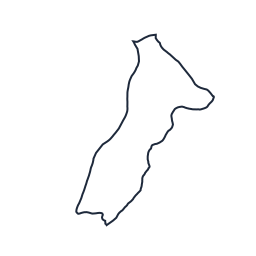 the district of Halmin, Lahij, Yemen, rotated 147°
{"feature_id": "15242507B61781927650682", "entity_name": "Halmin", "entity_type": "district", "adm_level": 2, "iso_a3": "YEM", "parent_name": "Yemen", "parent_adm1": "Lahij", "projection": "mercator", "projection_center": [44.941, 13.696], "detail": "fine", "context": "isolated", "style": "outline", "palette": "slate", "viewbox_px": 256, "rotation_deg": 147, "n_neighbors": 0, "source": "geoboundaries", "source_scale": "gbopen_adm2", "svg_char_len": 5288}
<svg xmlns="http://www.w3.org/2000/svg" viewBox="0 0 256 256"><g transform="rotate(147 128 128)"><path d="M198.8,58.2L195.7,58.3L190.9,58.5L186.7,59.1L183.1,61.1L181.3,61.7L181.2,61.7L180.4,61.8L179.8,61.9L179.2,62.0L178.5,62.0L177.9,62.0L177.6,62.0L175.9,62.5L175.0,62.8L174.5,63.0L173.8,63.2L172.9,63.4L172.2,63.4L171.6,63.6L170.7,63.8L170.2,64.1L169.6,64.4L169.0,64.6L168.3,64.7L167.7,64.7L167.0,64.8L166.4,64.8L165.6,64.9L164.9,65.0L164.1,65.2L163.4,65.4L162.8,65.5L162.0,65.9L161.4,66.2L160.7,66.5L160.0,66.7L159.4,66.9L158.7,67.2L158.1,67.3L157.5,67.5L156.7,67.6L156.1,67.8L155.3,68.0L154.5,68.2L153.8,68.3L153.0,68.5L152.1,68.7L151.4,68.9L151.0,69.4L150.6,69.9L150.0,70.4L149.5,70.8L148.9,71.2L148.4,71.7L148.0,72.1L147.6,72.6L147.2,73.1L146.7,73.6L146.3,74.1L145.8,74.6L145.3,75.1L145.0,75.7L144.5,76.4L144.1,76.9L143.7,77.6L143.3,78.1L142.8,78.6L142.3,79.0L141.8,79.4L141.2,79.6L140.5,79.9L139.8,80.0L139.1,80.4L138.5,80.7L138.0,81.1L137.3,81.3L136.7,81.5L136.1,81.7L135.3,82.0L134.6,82.1L133.9,82.3L133.3,82.7L132.8,83.1L132.2,83.2L131.6,83.4L131.0,83.8L130.7,84.4L130.5,85.1L130.4,85.8L130.2,86.5L130.1,87.2L129.9,87.8L129.5,88.3L129.2,89.0L129.0,89.7L128.8,90.2L128.6,90.9L128.3,91.4L127.8,92.1L127.5,92.6L127.1,93.2L126.8,93.6L126.7,93.7L126.3,94.2L125.8,94.7L125.3,95.3L124.9,95.8L124.5,96.2L123.9,96.7L123.3,97.1L122.8,97.4L122.2,97.7L121.4,98.0L120.7,98.1L120.0,98.2L119.5,98.6L119.1,99.0L118.5,99.6L118.0,100.0L117.4,100.3L116.8,100.4L116.2,100.3L115.5,100.1L114.8,100.0L113.8,99.7L113.2,99.4L112.2,99.0L111.5,98.9L110.7,98.8L110.1,98.7L109.5,98.6L108.7,98.6L108.0,98.6L107.0,98.6L106.4,98.6L105.8,98.7L105.2,98.9L104.4,99.2L103.6,99.6L103.0,99.9L102.3,100.3L101.7,100.6L101.1,101.0L100.6,101.4L100.0,101.7L99.4,102.0L98.8,102.3L98.0,102.7L97.4,103.0L96.7,103.3L96.0,103.5L95.4,103.7L94.8,103.6L94.0,103.6L93.4,103.7L92.7,103.9L91.8,104.1L91.3,104.3L90.5,104.7L89.9,105.2L89.4,105.6L88.8,106.1L88.3,106.6L88.1,107.2L87.9,107.8L87.6,108.4L87.4,109.1L87.2,109.8L86.9,110.4L86.7,111.0L86.3,111.7L86.0,112.4L85.7,113.1L85.4,113.8L85.1,114.4L84.7,115.0L84.0,115.6L83.5,116.0L82.9,116.3L82.3,116.6L81.6,117.0L80.8,117.3L80.2,117.6L79.5,117.9L78.9,118.2L78.3,118.4L77.4,118.4L76.8,118.4L76.0,118.3L75.1,118.2L74.5,118.0L73.9,117.8L73.3,117.6L72.7,117.3L71.8,116.9L71.2,116.6L70.7,116.2L70.3,115.7L69.7,115.1L69.3,114.5L68.9,113.9L68.5,113.4L68.0,112.9L67.6,112.3L67.0,111.8L66.6,111.3L66.1,110.8L65.5,110.3L65.0,109.8L64.5,109.4L64.1,108.9L63.6,108.5L62.9,108.0L62.4,107.6L61.8,107.3L61.3,106.9L60.7,106.5L60.0,106.0L59.4,105.7L58.9,105.4L58.3,104.9L57.8,104.4L57.1,104.1L56.3,103.8L55.5,103.6L54.8,103.4L53.9,103.1L53.3,103.0L52.6,102.8L51.9,102.7L51.3,102.6L50.5,102.6L49.9,102.7L49.3,102.9L48.7,103.2L48.0,103.5L47.5,103.7L46.7,103.9L46.1,104.1L45.5,104.2L44.9,104.3L43.9,104.5L43.1,104.7L42.5,104.9L41.8,105.2L41.3,105.5L40.8,105.9L40.2,106.4L39.4,106.9L39.3,107.1L39.0,107.5L39.0,108.1L39.5,108.6L39.8,112.5L40.3,115.6L41.0,117.4L42.9,119.4L45.1,122.0L46.8,124.8L47.9,128.2L47.6,134.5L48.0,139.1L48.6,145.1L49.1,149.7L49.3,153.5L49.6,156.3L50.8,159.2L51.9,163.5L52.9,167.3L53.1,167.6L53.3,168.3L53.6,169.1L53.8,169.8L54.0,170.6L54.3,171.3L54.5,172.0L54.8,172.7L55.0,173.4L55.3,174.0L55.4,174.7L55.6,175.4L55.6,176.1L55.8,176.7L55.8,177.3L55.8,178.0L55.8,178.6L55.7,179.3L55.6,180.0L55.4,180.8L55.1,181.5L55.0,182.1L55.1,182.7L55.4,183.3L55.5,183.5L55.8,185.9L55.8,188.3L53.9,191.1L58.5,193.3L60.4,193.9L61.9,194.1L63.6,194.4L65.0,194.6L66.5,194.7L67.9,194.7L69.2,194.8L70.7,194.9L72.2,195.0L73.5,195.3L74.8,196.3L75.9,197.4L76.4,197.8L76.4,196.8L76.6,195.4L76.8,194.0L76.8,192.6L76.9,191.1L76.9,189.7L76.9,189.3L79.8,182.5L82.5,177.9L85.8,175.0L87.2,174.3L88.5,173.6L89.7,172.7L91.1,171.9L92.5,171.2L93.9,170.6L95.3,170.1L96.8,169.5L98.0,168.7L99.4,167.8L100.7,166.9L101.8,166.0L102.8,165.0L103.8,164.0L104.9,162.7L106.0,161.5L107.3,160.2L108.3,159.1L109.2,158.0L110.0,156.8L110.8,155.6L111.6,154.4L112.6,153.0L113.4,151.7L114.2,150.3L115.2,148.8L116.0,147.6L116.9,146.3L117.6,145.0L118.5,143.7L119.5,142.5L120.8,141.4L122.1,140.4L123.2,139.6L124.5,138.8L125.8,138.1L127.2,137.4L128.7,136.6L130.1,135.8L131.4,135.1L132.8,134.3L134.1,133.6L135.5,132.8L136.9,132.2L138.4,131.7L139.8,131.2L141.3,130.7L142.7,130.3L144.0,129.9L145.4,129.4L146.8,129.0L148.2,128.6L149.6,128.3L151.0,128.1L152.6,128.0L153.9,128.0L155.3,128.0L156.7,128.0L158.1,128.0L168.4,124.5L173.6,121.1L174.5,120.0L175.5,119.0L176.5,118.0L177.6,117.1L178.9,116.1L180.1,115.3L181.2,114.4L182.3,113.3L183.3,112.3L184.3,111.4L185.5,110.4L186.6,109.4L187.8,108.5L189.1,107.5L190.4,106.5L190.9,106.2L191.6,105.6L192.7,104.6L193.9,103.6L195.1,102.7L196.3,101.7L197.4,100.8L198.5,99.9L199.7,99.0L200.8,98.2L202.0,97.4L203.1,96.5L204.4,95.4L205.5,94.5L206.7,93.7L207.9,92.9L209.2,92.0L210.5,91.2L211.7,90.6L212.9,89.8L214.0,89.0L215.1,88.1L216.0,87.2L217.0,85.9L216.9,84.5L216.5,83.2L215.2,82.6L213.8,82.3L212.5,81.9L211.1,81.4L210.6,81.2L209.9,80.8L208.6,80.0L207.5,79.0L206.4,77.8L205.5,76.7L204.6,75.7L203.4,75.0L202.1,74.3L200.9,73.7L200.2,73.4L199.5,73.1L198.2,72.4L196.9,71.4L196.1,70.3L196.4,68.9L197.5,68.1L198.2,67.5L198.6,67.0L199.0,65.6L198.7,64.2L197.8,62.7L197.7,62.6L198.1,62.0L198.3,61.4L198.6,60.8L199.1,60.1L198.9,59.4L198.7,58.8L198.8,58.2Z" fill="none" stroke="#1e293b" stroke-width="2"/></g></svg>